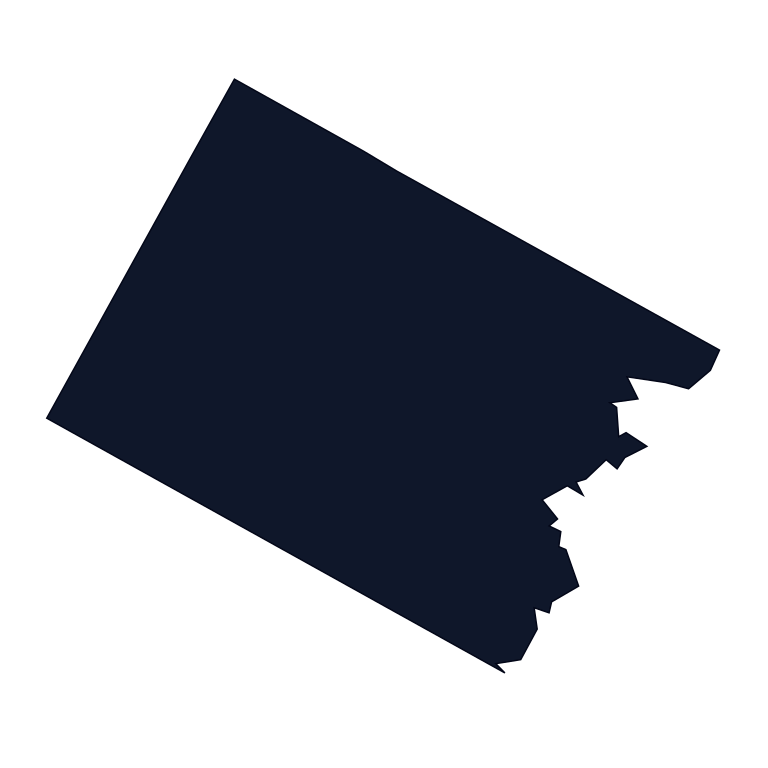 McCulloch, Texas, United States of America, rotated 119°
{"feature_id": "52423323B18546494380839", "entity_name": "McCulloch", "entity_type": "district", "adm_level": 2, "iso_a3": "USA", "parent_name": "United States of America", "parent_adm1": "Texas", "projection": "equal_earth", "projection_center": [-99.373, 31.217], "detail": "fine", "context": "isolated", "style": "filled", "palette": "ink", "viewbox_px": 768, "rotation_deg": 119, "n_neighbors": 0, "source": "geoboundaries", "source_scale": "gbopen_adm2", "svg_char_len": 627}
<svg xmlns="http://www.w3.org/2000/svg" viewBox="0 0 768 768"><g transform="rotate(119 384 384)"><path d="M190.3,514.7L189.9,662.6L280.0,662.8L577.4,662.4L578.1,138.2L574.4,150.7L558.8,130.8L524.1,131.2L506.9,144.2L504.1,128.7L493.3,131.8L466.4,115.8L440.7,144.6L441.5,152.3L427.4,157.8L428.1,170.8L417.9,166.8L408.6,189.6L384.2,174.4L384.7,156.1L376.6,168.5L369.2,161.4L342.5,153.0L345.2,139.0L331.5,137.7L311.1,123.9L309.2,148.7L316.3,153.2L291.7,169.2L290.9,177.4L273.9,154.7L259.9,175.0L246.2,138.5L240.5,115.3L213.8,105.2L191.7,107.0L191.6,476.5L190.3,514.7Z" fill="#0f172a" stroke="#020617" stroke-width="1.5"/></g></svg>